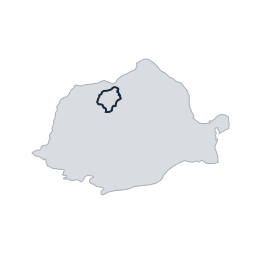 location of Bistrita-Nasaud within Romania, rotated 343°
{"feature_id": "ROU-295", "entity_name": "Bistrita-Nasaud", "entity_type": "County", "adm_level": 1, "iso_a3": "ROU", "parent_name": "Romania", "parent_adm1": "", "projection": "natural_earth1", "projection_center": [24.568, 47.164], "detail": "fine", "context": "in_parent", "style": "outline", "palette": "slate", "viewbox_px": 256, "rotation_deg": 343, "n_neighbors": 0, "source": "natural_earth", "source_scale": "10m", "svg_char_len": 4858}
<svg xmlns="http://www.w3.org/2000/svg" viewBox="0 0 256 256"><g transform="rotate(343 128 128)"><path d="M195.7,141.5L198.0,144.2L200.8,145.7L207.3,147.3L207.9,147.1L208.0,146.8L207.5,146.4L207.4,145.9L207.7,145.2L208.6,145.2L210.1,145.8L212.9,145.0L216.9,142.8L220.7,142.3L224.2,143.6L226.0,145.1L227.1,146.6L226.8,148.3L226.6,149.4L225.8,154.0L225.2,155.7L224.3,157.7L213.6,159.9L214.3,158.8L214.0,156.9L213.5,155.5L214.5,154.2L212.0,153.7L211.0,154.4L210.2,155.7L211.0,158.5L209.8,160.2L209.4,161.0L209.4,163.2L208.7,164.1L208.6,165.1L210.3,164.8L209.6,166.7L206.4,170.2L205.3,172.3L205.7,180.6L204.4,185.6L204.3,187.1L200.8,187.1L199.8,187.0L196.6,186.2L192.9,184.9L190.7,182.3L189.4,180.5L186.3,181.3L185.7,181.1L184.8,180.2L182.5,179.6L179.6,179.6L173.2,176.3L172.5,175.7L167.4,176.3L159.9,177.9L154.1,180.0L148.1,183.6L145.7,186.4L142.9,187.9L138.9,189.0L131.8,188.6L124.4,187.2L116.4,185.7L112.1,186.5L106.2,185.9L97.4,184.1L90.9,183.5L84.4,184.6L83.3,183.8L83.1,182.9L83.4,181.6L84.3,180.5L85.8,179.7L86.7,178.9L86.8,178.1L85.0,176.8L81.4,175.0L80.0,173.8L79.6,173.5L79.5,172.5L78.8,171.7L77.4,171.1L76.3,170.1L75.6,168.5L75.7,167.1L76.8,165.7L78.2,165.2L79.9,165.3L80.6,165.0L80.4,164.0L78.7,162.8L75.7,161.3L72.6,162.1L69.4,165.2L67.1,165.7L65.8,163.6L63.3,162.4L59.7,162.0L57.5,161.2L56.7,160.0L55.2,159.1L51.8,158.1L51.7,157.2L52.3,156.9L53.5,156.9L55.2,156.7L55.4,156.1L55.5,155.6L54.2,155.0L52.9,154.6L52.2,154.2L51.8,153.7L51.7,153.2L52.1,152.9L52.6,152.9L53.1,152.6L53.4,151.5L54.1,150.6L54.6,150.2L54.6,149.5L54.1,148.9L53.4,148.4L52.4,148.0L49.1,147.1L47.5,145.7L46.5,145.7L44.9,144.9L43.2,143.8L41.7,142.1L40.1,141.0L39.7,140.6L39.7,140.2L40.0,139.7L40.0,139.2L39.6,137.6L39.9,135.9L39.9,134.3L39.8,133.5L39.5,133.3L39.3,133.6L38.9,133.9L38.5,133.9L37.3,132.7L35.8,130.4L34.8,129.6L32.9,128.5L31.2,127.5L30.1,125.5L28.9,124.0L29.7,123.4L34.4,122.5L36.6,123.3L37.6,123.0L38.6,122.3L39.2,121.7L39.3,121.1L39.7,120.4L41.4,120.0L45.6,120.5L47.3,119.4L48.0,118.8L48.4,117.5L48.8,116.5L50.3,115.9L50.3,115.0L50.1,114.0L51.0,111.7L51.6,110.8L52.4,110.4L53.5,109.7L55.3,108.2L54.9,106.9L55.3,105.9L57.2,103.6L58.6,101.3L58.6,100.2L58.8,99.2L60.1,98.1L61.4,96.7L63.2,92.3L63.9,91.6L65.0,90.8L65.9,89.9L66.0,87.0L66.8,86.2L68.3,85.3L69.9,83.8L71.1,82.0L72.1,81.2L73.4,80.9L74.7,80.2L76.3,80.0L77.7,80.3L78.7,80.1L80.1,79.3L83.8,76.0L84.3,75.4L85.0,74.9L88.0,73.8L88.7,72.7L89.7,71.7L91.0,71.7L95.3,74.2L99.8,74.1L100.7,74.2L100.9,74.2L101.5,74.4L107.6,75.7L108.5,75.5L108.8,75.4L111.2,76.4L113.4,76.3L115.4,75.6L117.5,75.4L119.5,75.8L121.0,77.2L124.9,80.3L126.0,81.4L127.8,81.2L129.8,80.7L131.7,78.6L137.8,76.3L142.5,75.8L147.0,74.8L152.3,74.2L153.8,72.3L154.6,71.0L155.2,68.6L158.0,67.9L160.7,67.4L161.6,67.1L163.6,67.0L165.1,67.2L167.5,68.4L169.1,69.9L169.8,71.1L171.2,72.7L172.7,75.0L174.4,78.1L174.8,79.7L175.4,81.4L176.7,83.5L179.0,85.8L179.4,86.2L180.4,87.8L182.5,91.4L184.2,92.8L185.8,94.4L186.5,95.9L187.6,97.4L190.1,99.2L192.2,101.0L193.9,105.9L195.0,108.2L195.8,109.9L195.5,113.4L196.0,114.9L195.1,117.7L193.5,123.2L193.1,127.6L193.5,130.0L193.5,131.5L194.0,132.5L194.4,134.5L194.5,136.3L193.9,136.8L193.1,137.2L192.8,137.5L193.6,138.3L194.6,139.8L195.7,141.5Z" fill="#d9dde1" stroke="#a8b0b8" stroke-width="1"/><path d="M111.5,106.1L112.0,105.3L112.1,104.9L112.3,103.8L112.4,103.5L112.4,103.0L112.3,102.7L111.9,102.3L111.2,102.0L111.0,101.8L110.8,101.6L110.8,101.3L110.8,101.1L110.9,100.9L110.8,100.7L110.5,100.5L110.3,100.3L110.3,99.9L110.4,99.6L110.5,99.2L110.5,98.9L110.4,98.6L110.1,98.2L109.8,98.0L109.3,97.8L109.1,97.7L108.7,97.3L108.4,97.2L107.2,96.9L106.9,96.7L106.7,96.5L106.5,96.3L106.4,95.9L106.2,94.5L106.1,94.2L106.2,93.9L106.3,93.6L107.0,93.1L107.2,92.9L107.4,92.6L107.6,91.8L108.4,91.1L109.7,89.5L109.9,89.3L109.9,89.0L110.0,88.6L110.0,88.4L110.4,88.2L112.2,87.9L112.6,87.6L112.8,87.4L113.2,86.6L113.4,86.4L113.6,86.2L115.1,85.6L115.4,85.5L119.3,86.3L123.2,86.2L123.7,86.1L124.0,85.9L124.9,85.2L125.6,85.0L127.3,85.0L127.6,85.2L129.2,86.4L129.7,86.9L130.0,87.3L130.1,87.6L130.1,87.9L130.0,88.3L129.7,88.5L129.2,88.8L129.0,89.0L129.3,89.4L129.3,89.6L129.3,89.8L129.2,89.9L128.9,89.9L128.7,89.9L128.4,90.0L128.3,90.4L128.5,90.6L128.9,91.1L129.1,91.3L129.3,91.8L129.4,92.0L129.4,92.3L129.3,92.8L129.0,93.2L128.9,93.6L128.8,93.8L129.1,94.1L129.3,94.2L129.5,94.2L129.8,94.2L129.8,94.3L129.8,94.7L129.7,95.0L129.6,95.8L129.7,97.7L128.1,98.2L126.7,98.4L126.2,98.6L125.5,99.0L124.4,99.8L124.3,100.0L124.0,100.7L123.9,100.8L123.4,101.5L123.2,101.9L123.1,102.2L122.9,103.0L122.5,103.3L122.2,103.2L121.8,103.1L121.2,102.8L120.9,102.7L120.7,102.6L120.1,102.8L119.6,103.2L119.1,103.7L118.9,104.0L118.7,104.5L118.2,105.1L118.1,105.3L118.0,105.6L118.0,105.9L117.9,106.2L117.8,106.4L117.5,106.5L117.1,106.7L116.4,106.8L115.4,107.1L115.1,107.1L114.6,107.1L113.3,106.8L111.5,106.1Z" fill="none" stroke="#1e293b" stroke-width="2"/></g></svg>